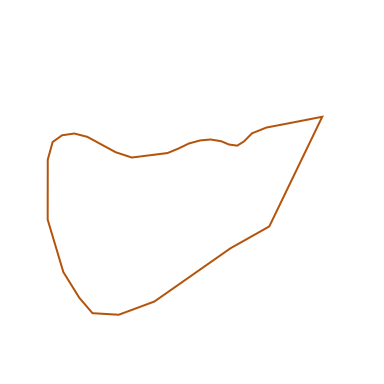 the border of Arima, rotated 72°
{"feature_id": "TTO-53", "entity_name": "Arima", "entity_type": "City", "adm_level": 1, "iso_a3": "TTO", "parent_name": "Trinidad and Tobago", "parent_adm1": "", "projection": "orthographic", "projection_center": [-61.284, 10.631], "detail": "fine", "context": "isolated", "style": "outline", "palette": "amber", "viewbox_px": 384, "rotation_deg": 72, "n_neighbors": 0, "source": "natural_earth", "source_scale": "10m", "svg_char_len": 498}
<svg xmlns="http://www.w3.org/2000/svg" viewBox="0 0 384 384"><g transform="rotate(72 192 192)"><path d="M160.7,44.9L248.6,129.1L257.4,172.8L284.5,261.5L286.1,299.6L276.5,324.1L257.7,331.9L228.4,339.1L173.7,337.8L116.7,319.2L101.4,309.1L97.9,298.0L100.0,285.9L107.2,274.5L130.6,252.3L140.6,238.6L147.4,203.1L146.5,191.7L144.9,179.9L145.5,168.2L147.8,158.1L152.7,148.6L158.3,142.1L161.9,134.6L159.9,126.8L154.7,116.7L153.7,101.3L160.7,44.9Z" fill="none" stroke="#b45309" stroke-width="2"/></g></svg>